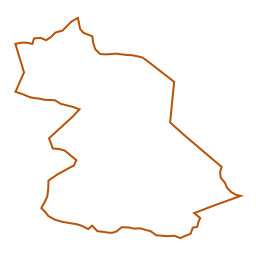 Meruoca, Ceará, Brazil
{"feature_id": "56859067B26232232451601", "entity_name": "Meruoca", "entity_type": "district", "adm_level": 2, "iso_a3": "BRA", "parent_name": "Brazil", "parent_adm1": "Ceará", "projection": "mercator", "projection_center": [-40.459, -3.57], "detail": "fine", "context": "isolated", "style": "outline", "palette": "amber", "viewbox_px": 256, "rotation_deg": 0, "n_neighbors": 0, "source": "geoboundaries", "source_scale": "gbopen_adm2", "svg_char_len": 1269}
<svg xmlns="http://www.w3.org/2000/svg" viewBox="0 0 256 256"><path d="M54.6,219.6L62.7,221.9L71.4,223.4L76.4,224.1L82.3,226.0L88.2,229.1L92.1,225.6L97.4,231.2L102.7,231.8L107.4,232.5L112.1,232.8L116.2,231.6L121.8,227.2L128.9,227.5L133.8,228.6L140.7,228.4L146.0,230.0L150.7,231.2L156.3,235.3L162.0,235.7L167.5,236.2L174.4,235.7L180.4,238.1L185.0,236.0L190.6,233.7L192.8,227.7L197.2,226.8L198.5,221.9L200.2,218.0L194.2,213.1L213.2,205.8L240.6,195.9L236.1,194.8L231.4,192.2L227.0,187.8L225.1,183.0L220.8,177.8L220.1,172.4L221.6,166.9L185.6,136.3L170.1,122.5L171.0,113.7L172.4,99.2L174.2,81.9L147.3,61.0L142.5,57.5L138.3,56.5L132.5,55.3L127.1,55.0L121.8,54.4L116.0,53.6L106.5,54.4L100.2,54.1L95.1,49.0L93.0,41.9L92.4,36.3L83.4,32.8L80.1,28.9L77.9,17.9L71.4,21.6L66.6,26.4L62.7,30.5L55.3,32.6L51.0,37.0L46.1,40.2L40.6,37.9L34.0,38.4L32.4,43.9L27.1,42.7L21.1,42.7L15.4,43.9L24.0,72.4L15.5,91.8L23.0,94.3L29.6,97.1L33.9,98.0L38.3,98.5L45.5,99.9L50.3,100.0L55.1,100.3L60.6,103.8L67.8,105.6L72.9,106.9L79.5,109.3L72.6,116.7L49.0,138.3L52.8,148.5L59.3,149.0L64.7,150.6L68.9,154.0L76.3,160.2L73.9,165.5L68.7,168.2L64.1,170.8L57.9,174.1L48.5,180.5L48.2,189.3L47.2,196.8L44.3,202.8L41.3,208.1L45.2,211.9L48.2,215.9L54.6,219.6Z" fill="none" stroke="#b45309" stroke-width="2"/></svg>